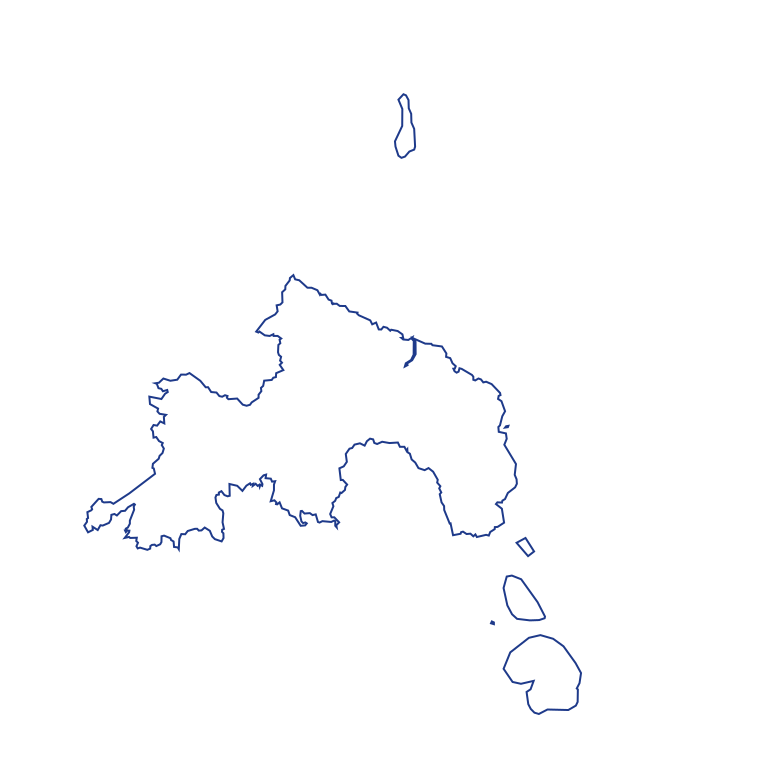 outline of Nadroga-Navosa, Western, Fiji, rotated 193°
{"feature_id": "14151628B53702400461405", "entity_name": "Nadroga-Navosa", "entity_type": "district", "adm_level": 2, "iso_a3": "FJI", "parent_name": "Fiji", "parent_adm1": "Western", "projection": "robinson", "projection_center": [177.707, -18.082], "detail": "fine", "context": "isolated", "style": "outline", "palette": "blue", "viewbox_px": 768, "rotation_deg": 193, "n_neighbors": 0, "source": "geoboundaries", "source_scale": "gbopen_adm2", "svg_char_len": 6170}
<svg xmlns="http://www.w3.org/2000/svg" viewBox="0 0 768 768"><g transform="rotate(193 384 384)"><path d="M282.7,252.2L275.7,255.3L275.5,257.0L273.8,257.9L269.8,256.4L266.1,257.6L262.7,255.7L261.1,258.0L259.1,255.8L250.6,260.0L247.8,259.9L247.2,263.7L243.5,267.5L243.8,269.5L241.2,270.3L235.8,275.9L241.1,289.0L247.9,292.2L246.9,294.2L242.4,295.0L242.4,297.0L240.2,299.1L238.8,305.7L233.0,312.8L232.1,316.7L233.4,321.0L236.2,324.9L237.4,335.7L253.1,351.9L252.1,358.2L254.1,363.3L261.4,363.2L262.9,367.8L261.7,369.8L261.5,379.2L259.9,384.7L265.7,393.7L269.5,395.1L269.6,398.2L268.0,399.4L268.9,401.4L279.1,408.1L285.0,409.2L287.6,407.9L290.6,410.3L293.2,410.6L295.9,408.0L297.9,408.2L298.6,411.2L300.3,412.6L311.7,416.2L314.0,416.3L314.1,412.8L315.8,411.4L318.1,412.3L319.8,414.5L318.5,414.9L318.1,417.5L321.9,419.6L325.3,424.1L329.6,424.4L330.1,427.8L336.0,433.6L345.5,432.7L346.9,433.8L352.9,432.6L365.9,435.1L362.8,432.3L359.9,420.2L361.9,413.5L366.2,409.1L365.3,407.7L367.6,405.7L367.4,409.1L363.0,413.5L361.7,419.2L364.7,432.7L367.0,434.2L366.8,435.9L370.2,432.4L375.3,431.7L377.4,432.8L375.7,433.3L377.2,436.5L382.6,438.7L389.2,438.5L389.9,437.3L393.7,439.5L397.4,439.6L398.9,436.5L401.4,436.0L405.5,442.1L408.9,439.5L411.7,442.9L424.0,445.3L426.0,446.5L425.9,447.6L434.2,446.9L439.2,451.3L444.7,450.1L448.1,451.6L451.6,450.6L451.7,452.1L451.7,450.6L451.1,449.9L452.8,450.7L453.9,453.4L457.0,453.8L461.2,457.9L465.1,456.7L466.1,457.5L466.5,456.5L470.0,460.4L476.3,461.5L480.3,460.6L489.9,466.0L494.1,466.0L496.8,469.7L499.5,466.1L499.2,463.7L502.1,457.4L501.5,454.0L503.9,450.5L501.3,440.7L502.9,438.1L506.3,436.5L504.0,430.9L505.7,427.3L514.1,419.8L520.3,406.3L518.0,405.9L517.2,407.1L511.1,404.6L506.2,405.1L503.0,407.6L502.4,406.0L498.4,406.9L494.4,405.2L495.7,403.7L494.2,400.4L495.7,398.3L494.4,391.1L493.0,388.7L490.4,387.4L490.5,383.4L488.2,381.8L489.9,379.2L485.2,374.9L491.5,370.3L490.9,366.4L493.3,365.2L494.3,362.7L501.5,360.3L501.3,355.0L503.0,352.5L501.9,349.4L503.8,345.4L503.1,342.3L508.8,336.3L509.9,333.6L513.0,331.9L517.0,332.1L523.8,336.8L532.2,334.2L534.0,335.3L533.8,337.1L536.4,337.3L538.8,335.2L541.7,335.2L545.3,338.0L550.6,337.3L554.7,341.3L557.0,340.7L563.7,345.8L576.0,350.9L578.9,348.6L583.9,347.5L586.4,341.7L592.9,339.1L600.2,339.7L603.6,334.6L606.9,333.3L605.4,333.1L602.8,329.2L599.9,329.2L597.8,327.2L593.9,329.4L592.9,327.5L595.1,325.3L597.5,319.3L609.8,318.9L607.5,311.8L598.6,309.2L598.6,306.3L596.0,304.5L589.5,304.9L591.1,302.4L589.2,296.2L593.6,297.2L595.7,292.4L599.3,292.2L600.8,287.8L598.5,285.9L596.5,279.9L594.0,281.1L590.4,277.8L586.3,276.7L586.8,274.5L584.0,271.6L584.3,266.9L586.5,263.5L586.7,260.5L591.2,254.3L590.8,250.2L589.3,249.9L586.9,245.0L607.6,220.1L620.7,206.4L623.9,207.4L630.3,205.6L632.1,206.0L633.5,208.3L636.2,207.9L641.5,198.4L640.2,196.3L640.8,195.1L644.2,192.4L642.2,186.8L643.2,185.6L642.4,182.9L644.2,178.6L639.0,172.9L634.9,176.3L635.9,179.4L630.1,177.3L628.5,182.6L626.2,182.8L620.7,186.8L619.5,190.6L620.2,195.2L617.4,196.7L614.7,195.8L611.5,201.0L607.8,202.2L605.7,206.3L600.7,211.0L599.6,210.5L600.3,208.2L599.2,205.3L600.9,193.7L600.2,190.7L601.3,186.5L602.9,185.1L601.9,184.1L603.5,183.2L602.2,181.6L601.2,183.4L599.1,183.8L599.0,182.2L602.0,175.7L598.0,177.6L596.7,176.9L590.3,178.6L590.1,175.3L588.0,174.0L588.7,170.2L587.0,168.4L584.9,169.7L577.3,169.2L574.8,171.0L575.2,173.5L573.9,175.0L571.3,175.9L569.4,174.9L566.0,177.5L565.3,179.9L566.5,185.6L564.2,186.8L557.4,185.7L556.4,184.1L553.6,183.2L551.9,178.0L548.2,178.4L546.8,176.9L548.6,187.0L547.7,192.2L543.9,192.9L542.2,196.6L535.8,200.3L533.5,200.9L531.5,199.5L528.9,200.3L526.4,203.8L520.7,201.8L517.1,196.8L513.9,194.8L506.8,194.1L505.7,197.8L506.9,202.4L508.6,203.5L508.9,205.6L507.3,206.8L510.2,212.9L511.5,221.9L512.9,224.5L515.8,225.5L520.7,230.4L522.7,235.5L522.3,238.2L520.0,239.1L520.5,241.1L518.3,243.0L514.5,239.9L511.1,239.4L509.2,240.4L512.1,251.8L504.1,251.8L497.9,248.0L495.2,254.0L492.2,257.1L491.2,255.8L489.0,257.4L488.9,255.2L486.6,257.9L484.2,256.3L482.8,257.8L482.0,256.1L481.8,258.0L479.8,257.4L479.9,259.1L483.5,263.4L480.8,267.9L478.5,269.2L478.2,265.6L473.0,266.3L471.1,263.7L468.2,264.8L468.6,261.3L467.3,255.6L468.0,244.3L464.6,246.0L462.2,244.4L462.2,242.7L461.0,242.7L459.1,245.2L455.4,239.9L448.9,239.1L446.4,235.1L440.6,234.2L433.3,227.1L429.0,228.5L427.9,230.8L429.5,231.4L431.6,230.3L433.5,231.5L436.0,236.7L436.5,241.4L435.4,241.9L432.3,239.9L427.2,241.5L424.1,240.2L421.2,241.6L417.3,234.7L415.6,234.5L413.2,236.5L404.4,237.7L401.9,239.7L400.6,239.3L399.6,234.9L397.9,233.7L398.7,235.6L396.6,239.1L402.4,242.9L405.1,242.3L407.2,245.2L405.8,253.5L407.5,256.4L405.3,259.2L404.9,262.1L402.7,263.8L402.2,268.4L400.9,268.2L398.2,272.0L398.5,275.0L397.3,277.7L402.6,281.3L404.5,280.7L408.5,291.8L404.7,294.7L402.7,299.8L405.5,307.2L403.1,313.2L400.6,314.5L399.1,318.3L394.1,320.8L389.0,319.6L387.8,324.4L385.3,327.6L382.1,327.6L380.2,324.4L377.2,324.0L372.8,327.3L365.4,327.7L357.3,330.1L354.4,326.4L350.0,327.4L347.2,324.2L346.6,325.6L345.8,322.8L343.1,321.9L340.1,316.7L335.9,314.5L331.5,309.8L325.0,309.2L321.7,312.1L316.4,309.6L310.1,302.8L310.0,299.9L306.1,297.1L306.7,294.7L303.8,291.2L304.9,289.2L301.3,281.6L298.0,278.6L297.0,274.8L288.6,262.8L287.8,263.2L282.7,252.2ZM171.4,104.5L167.9,100.4L163.5,97.6L158.9,97.3L151.5,103.6L131.1,107.8L124.7,113.8L123.8,117.8L126.4,130.0L127.7,130.7L126.2,136.5L127.0,146.7L134.6,155.2L150.1,168.8L161.9,173.8L175.1,174.5L185.7,169.3L200.6,150.9L203.4,133.4L191.7,122.6L183.1,122.7L171.4,128.4L172.5,119.5L175.8,116.0L171.4,104.5ZM221.1,224.0L221.6,212.1L214.0,196.0L207.4,188.4L201.5,185.1L188.7,186.5L179.7,188.9L174.8,191.9L174.8,193.6L185.3,206.0L206.4,224.6L216.3,226.1L221.1,224.0ZM430.2,670.7L433.9,664.3L428.0,656.1L424.3,639.5L427.9,622.9L426.2,617.9L421.3,609.7L417.9,608.3L414.7,610.3L411.6,616.2L407.3,619.2L407.1,622.3L412.0,639.4L416.1,644.9L418.3,653.4L421.9,658.2L424.0,666.2L427.5,670.2L430.2,670.7ZM219.1,259.1L204.9,248.7L200.1,254.6L211.5,265.8L219.1,259.1ZM225.5,176.9L225.9,174.9L222.9,174.7L223.3,176.4L225.5,176.9ZM253.4,371.2L255.5,370.3L256.2,368.8L253.6,369.8L253.4,371.2Z" fill="none" stroke="#1e3a8a" stroke-width="2"/></g></svg>